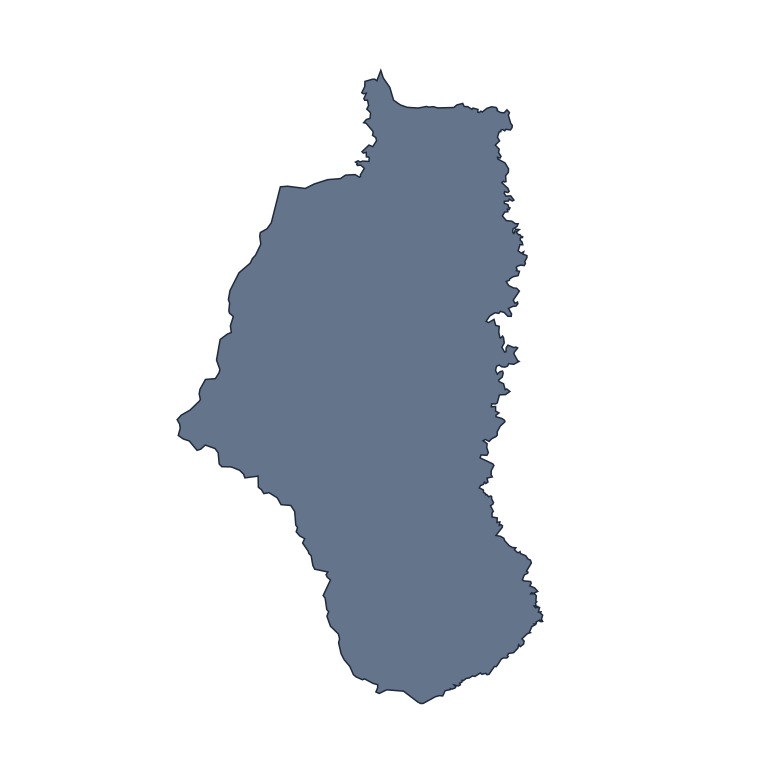 outline of Ngoajane, Butha-Buthe, Lesotho, rotated 100°
{"feature_id": "5366337B97344543067917", "entity_name": "Ngoajane", "entity_type": "district", "adm_level": 2, "iso_a3": "LSO", "parent_name": "Lesotho", "parent_adm1": "Butha-Buthe", "projection": "orthographic", "projection_center": [28.545, -28.658], "detail": "fine", "context": "isolated", "style": "filled", "palette": "slate", "viewbox_px": 768, "rotation_deg": 100, "n_neighbors": 0, "source": "geoboundaries", "source_scale": "gbopen_adm2", "svg_char_len": 6131}
<svg xmlns="http://www.w3.org/2000/svg" viewBox="0 0 768 768"><g transform="rotate(100 384 384)"><path d="M679.0,353.9L677.8,351.9L680.8,342.7L681.2,338.0L684.4,337.5L688.7,338.5L689.6,335.0L684.7,328.2L683.1,311.4L691.3,295.6L692.3,292.4L691.8,290.0L683.1,279.2L681.3,275.4L681.0,272.0L675.4,270.5L673.5,265.7L672.4,265.8L672.7,264.1L671.2,261.4L669.8,260.7L668.2,262.7L668.5,258.6L667.7,257.3L666.9,256.6L665.6,257.7L664.1,255.5L662.3,255.7L662.4,254.4L659.6,251.8L658.7,249.0L656.1,246.1L656.2,243.6L651.8,238.9L652.9,237.3L651.3,233.6L652.4,232.2L651.7,230.2L643.0,226.2L642.9,224.5L641.0,223.4L634.5,220.7L633.0,218.7L632.5,215.5L630.8,214.3L629.9,215.3L627.7,214.5L626.1,209.7L620.9,206.3L617.4,206.0L619.0,204.2L616.0,201.4L612.9,201.3L611.0,203.9L604.9,199.4L603.5,196.7L603.1,197.7L597.3,196.3L594.9,193.4L594.3,194.5L593.6,192.5L591.8,192.7L590.1,190.4L590.6,189.2L589.6,189.4L590.7,187.4L590.3,186.5L588.2,188.1L584.1,187.6L582.5,190.1L581.1,189.8L581.9,192.3L577.1,192.0L577.4,194.0L576.4,193.9L576.5,195.3L577.9,195.7L576.6,197.7L575.8,195.8L573.4,196.8L571.9,195.7L571.3,196.8L566.2,197.2L564.5,199.2L565.2,203.1L564.0,202.5L564.3,200.8L561.6,196.6L558.6,200.3L557.5,205.4L554.7,204.4L553.1,205.3L553.6,212.0L552.8,213.7L547.7,212.7L545.4,209.7L544.3,209.5L543.6,211.2L534.7,207.8L532.0,209.2L531.3,211.9L528.5,214.6L527.3,220.1L525.5,220.9L526.9,222.5L526.7,223.5L524.5,226.8L522.4,225.7L522.7,229.1L521.6,232.5L517.2,238.1L515.1,239.2L513.8,242.8L513.7,247.4L504.5,242.6L503.0,242.7L502.3,244.3L503.2,245.9L499.7,245.9L500.7,248.7L496.2,249.2L496.2,254.5L492.0,255.2L490.5,254.2L485.4,258.0L483.4,255.9L481.6,255.6L478.7,257.9L476.2,258.5L475.7,259.4L476.9,261.3L475.2,263.4L475.4,264.7L474.3,265.0L473.4,267.2L471.0,267.8L469.8,272.1L467.2,271.3L465.6,268.6L463.2,268.0L464.3,266.5L462.6,264.6L458.8,266.2L456.7,261.2L454.6,262.8L450.5,263.3L445.2,261.6L443.8,263.0L440.0,276.6L437.0,276.1L436.4,270.3L433.5,269.3L428.7,271.8L424.8,272.1L422.6,276.6L421.0,274.5L422.3,270.5L419.4,268.6L416.1,264.4L414.6,263.6L411.3,264.2L405.3,262.2L400.3,258.4L398.9,258.9L397.5,261.8L396.8,268.0L395.3,268.3L392.5,265.7L391.3,269.4L386.8,270.2L387.8,274.3L384.9,274.5L384.2,270.5L382.9,269.2L374.7,268.4L373.3,262.5L369.5,258.7L367.6,262.3L368.5,263.7L363.0,266.3L361.6,271.0L360.2,271.8L356.7,268.8L352.7,268.5L350.7,269.5L351.6,271.8L354.6,274.1L351.4,276.5L348.0,276.4L346.3,275.6L345.4,273.7L346.6,271.1L346.4,267.9L345.0,265.5L342.3,264.7L342.1,259.7L338.3,254.9L337.8,256.4L331.9,261.2L330.2,261.3L325.3,258.6L324.7,260.6L325.6,262.4L324.2,268.7L327.3,270.0L331.0,269.4L331.6,270.8L327.4,274.3L322.7,272.7L317.7,274.3L316.2,275.6L318.6,277.2L318.0,278.0L312.8,280.0L307.2,280.5L306.9,284.2L301.2,286.9L305.4,291.7L304.5,294.3L298.7,291.7L294.6,287.1L294.5,283.2L292.2,282.0L292.7,278.0L295.8,273.8L295.3,270.5L293.0,270.5L287.9,274.5L285.3,270.8L284.3,267.5L281.7,266.1L280.1,266.8L281.8,269.0L279.0,271.3L269.0,266.8L266.7,270.0L266.9,273.2L265.4,278.3L261.8,281.4L260.1,278.6L258.5,278.3L256.0,275.6L254.0,270.8L249.5,270.2L249.4,273.3L247.9,272.9L246.5,274.0L244.9,273.2L243.2,270.1L243.0,266.4L240.8,265.7L239.0,266.6L234.6,265.2L232.8,265.5L231.9,269.7L229.5,269.4L231.3,271.6L229.6,275.0L223.2,274.3L222.8,271.5L220.0,272.8L218.8,274.8L216.4,275.1L215.7,273.0L214.8,273.1L215.0,274.4L213.3,276.1L213.7,277.3L211.5,280.1L208.4,277.5L208.7,281.3L213.2,282.2L212.3,283.6L209.1,283.9L205.7,280.4L202.9,279.7L203.3,282.6L201.5,286.2L201.8,292.0L197.9,296.6L193.8,295.0L192.8,291.9L190.4,292.9L190.5,291.1L188.7,290.5L188.1,292.2L185.9,293.0L185.1,296.9L183.2,297.2L182.2,293.2L180.3,292.8L181.5,289.4L180.3,288.0L176.7,291.9L177.8,296.5L175.4,298.7L173.6,298.6L174.0,295.3L172.6,294.2L169.8,295.9L165.3,303.0L163.6,301.7L164.2,300.6L163.5,299.0L157.8,300.4L153.9,298.3L150.5,298.7L145.2,303.3L142.7,310.9L141.1,311.6L141.3,308.9L139.5,308.3L136.1,311.4L132.8,311.3L129.4,315.9L124.5,312.4L121.3,315.1L115.8,314.4L115.2,312.8L113.8,313.0L112.8,311.5L113.7,309.0L112.0,308.2L111.9,303.6L109.3,302.4L107.0,302.6L105.4,304.4L97.8,308.2L94.9,307.6L92.6,310.5L96.1,312.8L96.4,316.5L95.1,320.1L93.7,320.0L92.2,321.7L92.3,326.2L94.7,330.6L99.1,334.5L98.5,336.0L100.1,337.4L100.0,338.9L97.3,339.1L96.8,344.3L98.2,345.1L96.3,349.8L96.8,353.2L94.0,355.2L96.6,360.8L99.6,363.3L102.8,379.1L102.3,383.5L103.6,388.1L103.2,390.0L106.3,398.3L107.5,409.2L106.3,416.4L102.8,423.9L91.0,429.7L82.7,437.9L75.7,441.6L86.6,443.7L85.4,446.1L85.8,448.1L89.3,455.3L94.5,454.6L101.0,456.5L101.8,454.8L100.7,451.9L106.5,453.4L107.9,452.3L107.4,449.5L112.5,447.5L116.3,448.7L118.7,444.9L120.1,444.2L124.8,443.9L126.6,447.3L130.2,449.4L130.4,446.8L136.4,439.6L138.1,438.3L141.1,438.5L142.7,434.9L145.7,433.6L152.2,436.3L151.3,440.3L159.0,446.0L160.2,444.5L159.0,441.7L163.4,440.8L163.2,438.3L164.0,437.8L167.4,437.5L168.2,443.8L169.5,446.1L168.7,448.3L170.4,450.6L171.6,448.4L172.7,448.9L173.4,448.0L172.5,445.0L175.0,440.8L182.2,443.6L183.5,443.1L184.6,444.0L182.8,448.9L185.0,458.2L189.3,462.6L192.5,474.9L199.1,487.4L205.1,495.5L206.0,513.5L207.8,520.3L244.9,523.0L251.5,526.2L256.3,532.1L259.8,532.1L267.7,529.6L279.5,532.9L283.3,535.4L288.2,536.7L299.6,546.1L318.7,551.9L328.0,551.9L331.0,550.1L338.9,549.5L341.0,548.5L343.7,544.1L353.3,545.4L359.8,543.3L362.0,546.9L368.6,553.1L389.5,553.1L398.3,548.1L401.8,548.5L408.0,551.0L410.5,560.6L421.1,564.3L425.8,564.3L431.1,562.2L432.8,562.8L443.4,570.5L449.9,578.3L455.1,581.5L459.0,578.3L463.0,577.0L470.4,577.7L473.0,572.1L473.9,565.9L481.8,556.6L480.0,553.1L475.2,549.5L476.9,539.2L480.5,535.4L491.4,532.4L493.6,529.4L492.2,520.2L494.0,511.3L497.1,506.7L500.6,504.7L496.6,492.0L507.5,489.8L509.3,486.4L512.8,483.3L511.0,478.4L514.6,469.4L520.7,464.4L519.8,454.7L525.1,449.8L538.2,446.4L540.4,444.2L544.8,444.8L548.3,440.5L550.0,435.3L554.8,436.5L561.8,429.6L563.9,428.6L565.8,425.9L575.0,422.6L578.4,420.1L578.9,406.7L581.9,407.9L584.1,406.4L586.3,402.7L602.9,407.2L605.1,404.8L616.0,401.2L617.8,399.0L622.6,399.9L631.8,394.7L638.0,385.6L642.7,383.5L646.7,383.8L657.1,379.4L662.4,375.4L668.1,368.6L675.6,363.6L677.3,360.7L679.0,353.9Z" fill="#64748b" stroke="#1e293b" stroke-width="1.5"/></g></svg>